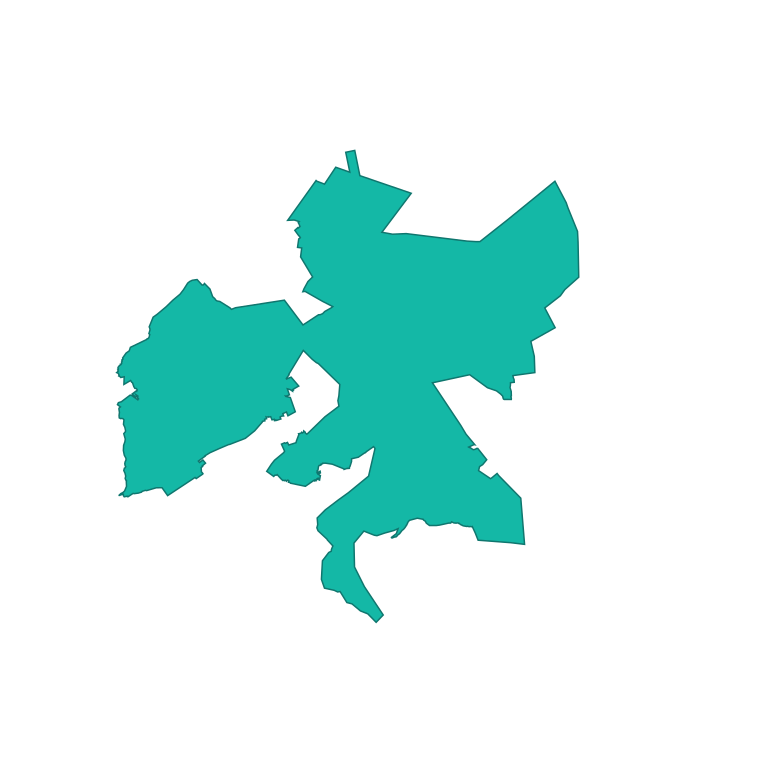 Hueypoxtla, México, Mexico, rotated 224°
{"feature_id": "50627088B31781753159925", "entity_name": "Hueypoxtla", "entity_type": "district", "adm_level": 2, "iso_a3": "MEX", "parent_name": "Mexico", "parent_adm1": "México", "projection": "orthographic", "projection_center": [-99.037, 19.951], "detail": "fine", "context": "isolated", "style": "filled", "palette": "teal", "viewbox_px": 768, "rotation_deg": 224, "n_neighbors": 0, "source": "geoboundaries", "source_scale": "gbopen_adm2", "svg_char_len": 6171}
<svg xmlns="http://www.w3.org/2000/svg" viewBox="0 0 768 768"><g transform="rotate(224 384 384)"><path d="M574.2,483.2L567.0,434.8L562.5,439.6L557.8,441.9L557.8,440.5L556.1,440.0L553.8,438.9L554.1,436.5L554.6,436.6L554.9,432.6L548.1,431.4L547.6,431.6L545.8,431.1L546.1,429.1L541.1,422.2L537.7,424.7L532.3,417.5L509.7,411.4L509.9,404.9L507.7,396.9L506.5,394.0L505.1,395.8L485.5,400.8L474.6,404.1L474.9,402.0L477.0,395.0L477.0,392.0L478.0,389.6L479.2,388.3L483.3,370.2L513.9,375.1L543.8,335.7L545.6,331.7L547.6,331.8L559.5,329.3L561.7,327.8L563.6,327.5L564.9,327.9L567.9,327.8L575.2,331.4L583.0,331.6L582.7,329.9L583.6,328.8L591.0,329.3L594.0,325.4L595.0,322.7L595.3,320.2L593.7,312.4L593.1,306.9L594.1,297.6L594.4,288.0L595.6,276.5L596.5,271.7L592.6,262.0L590.7,261.1L589.8,260.2L588.1,256.9L586.9,256.9L585.5,254.5L585.2,252.9L585.8,252.1L585.7,251.0L591.9,234.2L590.3,230.9L591.0,227.0L590.1,221.2L589.1,220.7L589.3,219.4L589.1,219.0L588.7,219.0L588.1,218.4L588.1,217.5L587.1,216.8L586.8,215.6L587.3,215.2L586.8,214.8L587.2,213.4L587.0,213.0L586.9,211.2L586.2,210.6L585.8,210.6L585.5,210.2L585.7,209.7L585.0,209.6L584.7,208.8L584.1,208.6L584.2,206.5L582.6,207.1L580.6,206.3L580.4,205.5L579.1,205.9L577.9,205.8L575.9,208.7L570.8,203.0L568.7,210.5L566.7,210.0L565.8,210.2L562.1,208.3L560.2,207.8L559.0,208.7L557.4,208.4L557.1,207.6L557.3,207.7L558.2,201.9L553.6,202.0L552.8,203.2L554.9,204.0L552.7,204.4L552.3,203.9L552.3,203.3L551.3,202.9L550.3,202.8L550.4,202.5L550.1,201.6L557.4,200.5L558.9,199.7L560.6,188.8L562.1,186.1L561.4,184.0L557.7,184.4L557.9,182.9L557.5,182.0L554.6,179.8L552.7,177.3L550.9,175.7L549.3,176.2L548.9,176.9L547.8,177.7L546.2,177.6L543.4,174.0L540.3,172.8L537.5,170.9L536.9,170.1L536.7,167.5L531.9,164.7L530.3,162.5L528.7,159.0L525.3,155.1L521.4,152.4L518.0,151.3L516.8,150.1L516.1,148.1L515.1,146.6L513.4,145.4L512.3,145.1L512.0,143.8L512.3,143.1L511.1,141.0L508.3,139.9L505.8,138.3L504.6,136.3L503.0,135.5L502.3,135.7L501.8,135.3L501.7,134.9L498.1,131.5L496.3,126.8L496.4,124.7L497.2,122.3L497.3,119.4L495.2,123.5L494.9,123.7L494.0,122.7L492.5,122.4L490.8,124.9L490.3,124.7L489.8,125.1L488.5,131.0L487.6,131.5L484.9,134.9L483.3,137.8L483.4,138.8L481.8,141.7L480.7,142.4L475.7,151.2L471.6,155.2L462.1,153.4L455.0,185.5L453.4,185.5L451.8,193.3L452.0,193.8L454.3,194.0L457.5,196.9L457.2,198.6L457.8,198.7L457.4,203.1L461.5,203.5L462.2,199.4L464.0,199.6L462.5,207.9L462.9,208.0L461.4,213.8L457.5,223.5L453.6,232.7L453.1,233.2L446.0,248.6L444.5,260.5L445.1,272.0L445.5,272.7L444.1,274.8L445.4,275.7L444.3,277.5L445.8,278.4L445.5,278.5L444.4,280.2L444.1,280.0L442.8,281.8L439.7,280.4L438.3,282.4L437.4,281.7L437.0,282.7L436.7,282.3L436.0,283.2L433.9,287.2L435.8,288.0L435.3,289.8L434.0,291.3L436.2,292.4L434.7,296.1L431.0,294.4L428.5,302.4L442.0,309.2L446.1,306.8L446.4,306.9L446.0,307.1L444.5,310.5L450.2,313.4L447.6,314.8L444.7,315.3L445.0,315.6L444.9,316.7L445.8,316.7L443.9,323.3L455.6,324.4L457.6,319.9L458.1,320.1L458.7,324.7L459.2,324.8L465.4,352.1L452.8,351.9L447.4,352.4L445.8,353.0L444.4,353.1L415.5,353.0L408.3,344.2L405.6,340.0L401.0,336.7L403.7,319.5L404.5,295.5L404.7,294.3L406.5,294.1L407.2,294.6L409.1,294.5L408.4,293.5L408.6,292.2L409.7,292.2L409.6,290.8L410.9,288.9L410.2,288.6L407.3,281.9L406.5,280.7L410.1,274.0L412.9,274.9L413.7,272.9L414.7,272.6L416.0,269.5L408.8,266.6L408.5,264.9L409.8,253.1L409.3,248.1L407.7,239.7L399.1,240.9L399.2,242.5L397.9,243.9L397.9,244.6L391.9,244.2L389.7,244.3L389.4,244.9L388.3,245.4L388.3,246.1L386.5,246.4L386.8,247.3L386.4,248.1L385.3,248.3L384.5,247.0L383.3,247.7L382.3,247.7L369.5,255.8L367.4,266.3L366.8,266.0L366.6,267.2L366.1,266.8L365.7,267.3L366.5,267.7L365.6,269.1L366.4,269.5L365.9,270.6L364.3,270.3L364.0,269.9L363.6,270.1L366.2,274.0L367.1,273.5L368.0,273.7L368.9,273.2L369.4,273.4L368.3,274.2L368.5,274.7L368.2,274.8L368.0,275.9L369.4,276.9L369.9,275.7L369.8,274.4L370.1,273.6L370.5,273.6L370.3,274.5L371.5,274.7L371.9,275.3L371.7,276.2L373.8,279.1L374.1,280.2L373.4,281.1L373.7,282.1L373.1,282.2L373.2,284.1L372.8,284.2L372.9,284.6L371.1,286.4L365.5,290.4L353.9,295.1L353.4,294.8L351.8,297.9L351.5,297.9L350.3,299.3L351.0,300.1L351.3,301.3L353.5,305.7L355.4,307.7L351.6,313.5L350.0,321.3L349.6,321.7L349.7,323.0L348.0,331.7L345.7,331.4L331.1,307.0L334.1,281.2L336.4,268.4L338.8,252.7L339.0,241.2L334.0,236.8L332.4,233.9L329.5,232.6L317.2,232.8L316.5,232.5L308.3,232.0L306.9,228.5L305.8,227.1L306.7,224.4L305.5,214.1L293.3,200.0L285.0,195.8L276.5,201.0L272.9,202.2L271.4,204.2L258.9,201.0L254.3,203.6L243.3,204.4L236.0,207.4L224.1,207.1L224.1,217.3L257.3,224.6L278.1,231.9L295.1,248.7L296.3,264.2L285.9,268.5L283.7,270.0L280.0,277.2L275.1,285.5L273.4,289.7L271.2,284.9L272.1,278.8L271.7,278.6L271.1,279.0L269.9,281.7L269.2,282.2L269.0,283.4L269.2,284.8L268.8,287.1L269.3,291.4L269.0,292.8L269.1,294.9L269.5,297.2L269.8,297.8L269.7,298.5L270.0,298.9L270.2,300.0L270.7,300.6L271.0,303.6L266.8,310.6L261.8,313.9L261.1,313.6L258.9,314.0L256.9,313.3L253.0,313.8L248.1,318.5L246.1,321.0L240.7,329.1L239.8,329.8L239.4,330.5L239.6,331.8L237.2,332.6L235.5,334.0L234.3,335.5L233.3,335.6L233.1,336.0L231.3,336.0L230.3,336.6L230.0,336.5L228.5,337.0L227.0,338.0L225.4,339.1L225.1,339.7L223.6,340.5L223.0,341.4L221.7,342.2L221.5,342.8L214.8,340.2L207.8,337.0L182.7,357.8L171.5,366.3L206.3,396.9L237.9,397.8L240.5,398.2L241.3,391.2L241.7,389.9L255.8,387.4L257.9,391.0L257.0,394.5L257.5,400.9L271.8,402.8L272.6,402.0L273.0,400.4L274.2,398.7L277.7,398.1L278.6,397.5L279.3,397.4L277.1,403.0L276.5,403.4L290.2,404.9L299.8,407.5L350.0,418.5L328.8,450.2L307.0,453.2L298.4,457.2L293.2,457.8L290.3,457.7L288.0,456.3L287.4,456.2L286.8,456.4L281.7,461.3L282.5,462.2L284.2,463.3L284.1,463.9L287.3,467.0L290.9,469.0L292.0,470.7L293.9,472.8L291.5,475.7L293.6,477.6L295.3,478.3L297.1,479.6L283.4,497.0L295.1,508.3L308.0,516.7L300.0,543.4L321.2,550.4L318.4,570.0L319.5,577.6L318.1,596.1L343.0,620.9L350.8,628.2L374.0,638.5L378.9,641.0L401.9,648.6L409.3,587.0L413.9,553.1L416.4,550.6L423.5,544.5L472.5,507.6L481.9,497.7L490.9,491.7L496.9,540.1L546.1,517.1L567.3,531.7L572.5,524.1L555.7,512.6L569.3,506.4L565.5,485.7L565.8,486.4L573.2,483.2L574.2,483.2Z" fill="#14b8a6" stroke="#0f766e" stroke-width="1.5"/></g></svg>